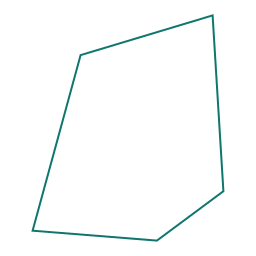 outline of Emporia, Virginia, United States of America
{"feature_id": "52423323B31228113371343", "entity_name": "Emporia", "entity_type": "district", "adm_level": 2, "iso_a3": "USA", "parent_name": "United States of America", "parent_adm1": "Virginia", "projection": "robinson", "projection_center": [-77.532, 36.696], "detail": "fine", "context": "isolated", "style": "outline", "palette": "teal", "viewbox_px": 256, "rotation_deg": 0, "n_neighbors": 0, "source": "geoboundaries", "source_scale": "gbopen_adm2", "svg_char_len": 193}
<svg xmlns="http://www.w3.org/2000/svg" viewBox="0 0 256 256"><path d="M80.6,55.1L32.6,230.7L156.9,240.6L223.4,191.2L212.6,15.4L80.6,55.1Z" fill="none" stroke="#0f766e" stroke-width="2"/></svg>